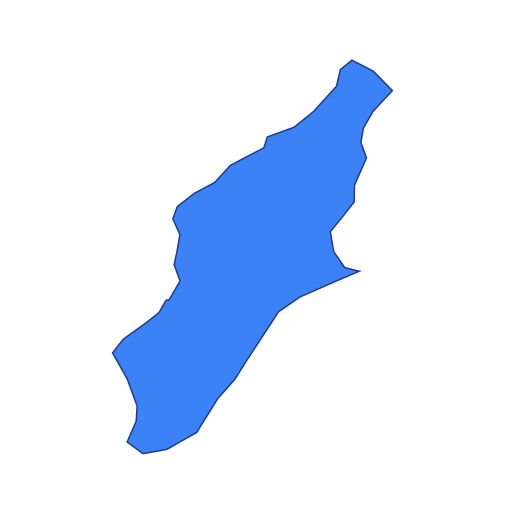 Ale, Västra Götaland, Sweden (Natural Earth projection), rotated 160°
{"feature_id": "70781695B73988580655611", "entity_name": "Ale", "entity_type": "district", "adm_level": 2, "iso_a3": "SWE", "parent_name": "Sweden", "parent_adm1": "Västra Götaland", "projection": "natural_earth1", "projection_center": [12.255, 57.976], "detail": "fine", "context": "isolated", "style": "filled", "palette": "blue", "viewbox_px": 512, "rotation_deg": 160, "n_neighbors": 0, "source": "geoboundaries", "source_scale": "gbopen_adm2", "svg_char_len": 814}
<svg xmlns="http://www.w3.org/2000/svg" viewBox="0 0 512 512"><g transform="rotate(160 256 256)"><path d="M71.3,364.8L82.6,389.6L98.9,407.2L112.9,402.4L122.3,388.0L152.7,372.0L176.1,364.0L204.6,364.0L211.6,355.0L249.0,350.0L269.5,339.3L292.5,336.0L313.0,329.4L321.4,319.5L320.2,302.1L328.7,287.3L335.9,275.8L335.9,258.5L352.3,244.8L352.8,244.5L355.5,245.3L366.6,236.0L380.5,231.3L409.5,223.1L423.9,214.0L419.1,184.4L419.0,155.7L425.1,141.7L440.7,125.3L434.1,115.4L429.8,108.9L405.7,104.8L390.1,107.5L372.0,110.5L340.7,135.1L317.8,147.5L302.1,159.8L276.8,178.7L253.9,195.9L228.5,202.5L189.9,205.0L164.2,206.4L164.6,206.6L176.6,214.8L181.5,233.7L177.8,253.5L159.7,264.2L145.2,273.3L139.2,288.9L118.6,310.4L118.6,326.9L111.4,339.3L96.9,351.7L71.3,364.8Z" fill="#3b82f6" stroke="#1e3a8a" stroke-width="1.5"/></g></svg>